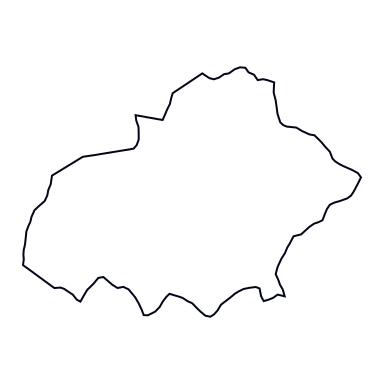 Sales Oliveira, São Paulo, Brazil (Robinson projection)
{"feature_id": "56859067B84294219247237", "entity_name": "Sales Oliveira", "entity_type": "district", "adm_level": 2, "iso_a3": "BRA", "parent_name": "Brazil", "parent_adm1": "São Paulo", "projection": "robinson", "projection_center": [-47.84, -20.825], "detail": "fine", "context": "isolated", "style": "outline", "palette": "ink", "viewbox_px": 384, "rotation_deg": 0, "n_neighbors": 0, "source": "geoboundaries", "source_scale": "gbopen_adm2", "svg_char_len": 1878}
<svg xmlns="http://www.w3.org/2000/svg" viewBox="0 0 384 384"><path d="M361.0,177.4L357.9,173.1L352.0,169.9L343.5,166.2L338.7,163.7L335.1,161.3L332.5,158.6L329.9,151.8L324.7,146.2L321.8,142.6L318.0,138.7L314.3,135.2L309.6,134.5L305.7,132.7L302.1,131.1L296.4,127.6L290.9,127.0L286.8,126.6L283.2,125.1L280.3,122.4L277.5,113.9L276.8,108.4L275.7,100.5L273.7,92.6L273.9,87.0L274.2,82.4L266.9,80.0L263.0,79.2L257.7,80.1L254.0,74.7L248.6,72.4L245.4,67.8L240.1,67.3L234.6,69.3L228.9,73.4L224.0,74.2L219.0,77.6L213.8,79.3L209.3,78.1L202.3,73.4L172.7,93.2L171.3,97.9L169.9,104.0L166.9,110.0L165.1,114.4L162.6,120.0L135.6,115.2L136.3,120.7L138.5,126.9L138.7,133.2L138.7,139.5L136.7,145.1L133.5,148.7L93.7,155.2L82.8,156.8L52.0,175.6L50.7,184.3L48.3,190.0L47.3,195.4L44.7,201.0L38.7,206.3L34.5,210.2L31.5,216.9L30.3,222.0L28.5,225.8L26.4,231.3L25.7,238.2L25.0,244.5L23.7,250.1L23.4,254.9L23.8,259.3L23.0,265.1L54.3,288.0L60.6,287.6L64.2,288.9L67.3,291.0L72.9,294.7L76.7,299.6L80.4,301.6L83.5,296.1L87.2,289.9L93.6,283.6L98.3,277.9L103.3,277.0L112.4,284.8L117.5,288.0L123.4,286.9L128.6,289.4L135.1,297.2L138.7,303.4L141.8,310.0L143.7,315.1L147.9,315.3L155.2,311.6L159.6,307.1L163.0,301.2L166.5,296.7L169.5,293.8L174.7,295.4L178.5,296.5L182.6,297.9L187.8,301.3L192.2,303.2L196.4,307.6L200.5,311.6L205.4,315.7L210.3,316.7L213.9,314.5L217.4,310.7L221.0,304.7L225.4,301.3L230.5,297.4L234.9,293.7L238.5,291.5L243.5,289.0L249.4,287.8L255.8,287.0L259.6,288.5L261.1,296.3L263.7,301.1L268.5,299.7L273.0,297.9L277.7,294.6L284.7,296.3L282.8,289.6L280.0,284.8L278.5,280.4L275.7,274.1L277.5,267.2L281.2,259.1L285.0,253.0L287.2,247.7L289.9,243.3L293.5,236.3L301.1,234.4L304.5,231.3L309.2,227.0L314.2,223.6L318.4,222.2L322.5,220.2L324.9,213.9L327.0,208.9L329.9,204.7L334.3,202.6L340.3,200.9L347.4,198.3L351.0,195.6L353.5,191.9L357.3,184.8L361.0,177.4Z" fill="none" stroke="#020617" stroke-width="2"/></svg>